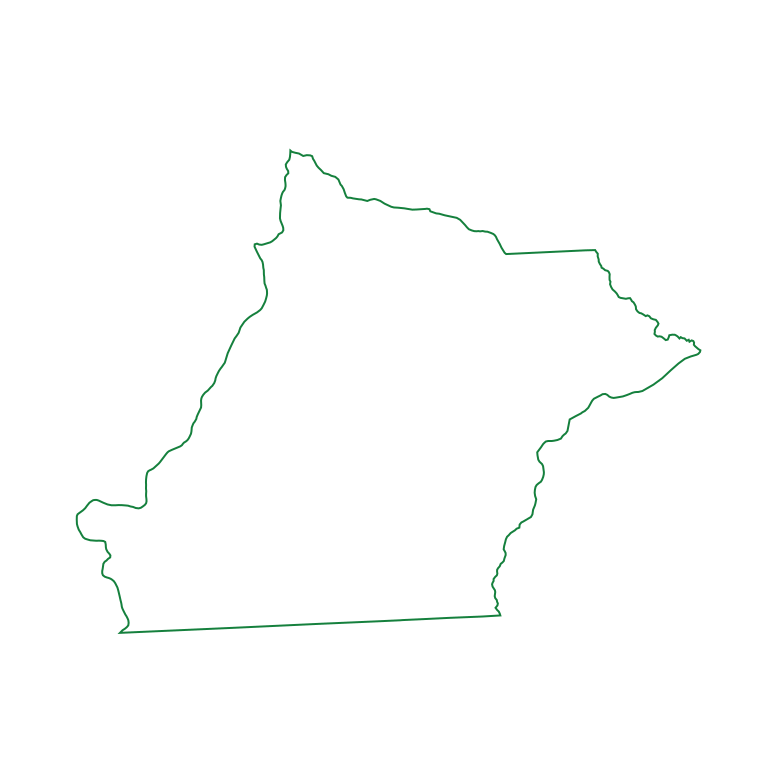 Porto Esperidião, Mato Grosso, Brazil, rotated 355°
{"feature_id": "56859067B36825923624990", "entity_name": "Porto Esperidião", "entity_type": "district", "adm_level": 2, "iso_a3": "BRA", "parent_name": "Brazil", "parent_adm1": "Mato Grosso", "projection": "orthographic", "projection_center": [-58.974, -15.892], "detail": "fine", "context": "isolated", "style": "outline", "palette": "green", "viewbox_px": 768, "rotation_deg": 355, "n_neighbors": 0, "source": "geoboundaries", "source_scale": "gbopen_adm2", "svg_char_len": 6113}
<svg xmlns="http://www.w3.org/2000/svg" viewBox="0 0 768 768"><g transform="rotate(355 384 384)"><path d="M701.6,379.6L702.1,378.0L700.3,376.7L697.1,373.4L696.1,371.9L696.5,369.8L695.9,368.2L694.3,367.4L692.0,368.5L691.4,366.5L689.4,367.3L687.4,364.8L685.2,364.3L683.7,363.2L682.3,364.4L680.7,362.3L679.4,361.2L678.0,360.3L675.5,360.0L672.5,360.3L671.7,362.3L670.5,364.5L668.5,364.8L666.5,362.8L664.6,361.1L662.6,360.5L660.8,360.6L659.1,359.4L657.8,357.7L658.4,355.6L658.4,353.9L659.7,351.7L661.9,349.4L662.7,347.8L661.9,346.0L660.4,343.8L657.9,343.0L655.6,341.8L654.2,339.6L652.4,338.6L650.7,339.2L648.3,337.3L646.4,336.0L644.7,335.5L642.9,333.8L641.6,331.5L641.6,328.7L640.9,326.8L639.7,324.4L638.2,323.1L637.5,321.5L636.6,319.9L634.6,319.9L632.4,320.2L627.1,318.8L625.4,317.8L624.6,315.9L623.7,314.1L622.1,312.0L619.9,309.7L618.7,307.1L617.9,304.3L618.5,301.8L617.8,300.0L618.0,296.9L618.4,294.3L617.8,292.2L616.7,290.8L614.2,289.9L612.6,288.2L610.9,287.1L610.7,285.4L609.5,283.2L608.6,280.8L608.7,278.6L608.0,275.5L608.3,272.8L606.9,270.8L606.0,269.0L596.3,268.4L517.0,265.2L515.6,263.8L512.9,258.4L511.5,254.6L509.2,249.6L508.4,247.2L507.3,245.4L506.0,244.1L503.6,242.8L500.3,241.3L498.1,241.0L495.6,240.2L493.0,240.3L491.4,239.9L489.4,239.9L487.3,239.6L484.9,238.7L482.0,237.2L480.2,235.0L478.7,232.8L474.2,227.1L470.9,224.8L459.1,221.2L453.9,219.2L450.9,218.6L445.2,216.0L444.5,213.8L442.1,213.1L440.4,213.2L431.6,213.0L427.5,212.8L422.7,211.6L419.7,210.8L413.4,209.6L409.3,209.0L406.7,208.1L400.3,204.4L396.3,201.3L392.1,199.3L390.3,198.8L386.3,199.3L383.3,200.2L377.3,198.1L375.5,197.9L369.3,196.4L367.0,195.6L363.8,195.2L362.7,193.8L361.6,190.0L360.8,186.5L359.2,182.9L358.1,181.6L356.4,176.3L353.5,173.4L349.7,172.0L346.9,170.2L342.4,168.7L339.9,165.4L337.6,162.8L336.0,160.5L333.9,155.4L332.9,153.5L332.3,150.8L330.4,149.8L327.0,149.3L323.4,149.8L319.4,147.0L315.7,145.9L312.5,144.7L311.1,143.3L310.7,146.4L310.1,149.6L309.2,152.3L306.9,154.6L305.3,156.7L305.3,159.1L305.9,161.1L307.1,163.5L307.0,165.8L305.2,167.2L303.5,169.3L303.1,172.1L303.3,174.9L303.3,176.5L303.2,178.3L302.6,180.3L301.9,181.9L300.0,183.9L299.2,185.3L298.3,187.3L297.4,190.1L296.7,192.6L296.9,197.0L296.2,200.4L295.4,204.7L294.8,209.9L295.2,212.5L296.8,217.7L297.2,219.7L297.1,222.1L295.7,224.1L294.1,224.8L292.1,225.6L290.7,227.7L289.2,229.2L285.1,232.0L283.0,233.0L281.0,233.4L276.3,234.4L274.3,234.7L271.8,234.2L269.7,233.1L267.4,233.6L267.0,235.9L268.9,241.1L270.3,244.6L271.7,248.1L272.9,249.9L273.6,251.8L273.9,254.3L273.9,257.8L274.2,260.0L273.9,264.4L274.0,267.1L273.8,271.0L273.8,273.5L274.5,275.7L275.0,278.1L275.5,279.8L275.5,281.4L275.4,283.6L275.0,285.6L274.0,288.5L272.8,291.5L270.8,294.8L268.8,297.9L267.1,299.5L263.8,301.6L259.2,303.7L256.1,305.4L253.9,306.9L250.3,309.8L245.9,315.2L243.7,320.3L241.2,323.4L239.2,325.6L235.2,332.3L231.0,339.7L229.7,342.9L227.9,347.4L227.2,349.0L225.9,350.5L224.0,352.8L222.4,354.5L220.7,356.6L219.5,358.5L217.7,361.5L216.8,363.5L216.2,365.7L215.0,368.2L212.8,370.9L211.3,372.0L207.9,375.2L205.0,377.0L203.0,379.0L201.5,381.0L200.8,382.5L200.3,384.5L200.1,389.1L199.7,391.5L195.8,398.1L194.5,400.6L194.0,402.4L192.2,405.0L190.7,406.6L189.8,408.3L188.7,410.6L188.4,412.5L188.0,414.6L187.4,416.7L185.9,419.3L184.7,421.2L183.3,422.8L181.6,424.0L179.7,424.9L178.5,426.0L177.3,427.4L175.5,428.4L167.0,431.1L163.7,432.3L162.3,433.3L160.7,434.9L154.3,442.0L152.7,443.6L146.9,448.0L144.4,449.1L142.9,449.6L141.4,450.4L140.3,452.0L139.3,455.2L138.7,458.1L138.3,461.2L138.2,463.7L137.8,467.3L137.8,470.1L137.4,472.8L137.2,474.9L137.3,478.1L137.2,480.2L136.6,482.1L135.2,483.6L133.0,485.0L131.0,486.1L128.8,486.5L125.9,485.9L123.3,484.6L120.8,483.9L118.4,482.9L115.7,482.4L112.7,481.9L109.2,481.5L105.9,481.4L102.1,481.1L98.1,479.9L94.0,477.8L89.5,475.2L87.8,474.5L86.2,474.3L84.2,474.4L82.6,475.2L80.2,476.6L77.6,479.3L75.5,481.7L73.1,483.6L68.8,486.2L67.4,487.1L66.5,488.8L66.1,492.3L65.9,496.7L66.3,499.1L67.2,502.5L68.6,505.3L69.5,507.5L71.0,510.5L72.8,512.1L74.7,512.9L77.8,514.1L83.9,515.1L86.3,515.2L89.1,515.6L90.9,516.0L92.5,517.0L92.8,519.6L92.7,522.4L92.9,524.4L94.0,527.1L95.6,529.2L96.5,530.9L96.1,532.9L93.8,534.2L92.1,535.7L90.3,536.7L88.8,538.6L87.6,543.7L87.0,545.7L86.8,548.0L87.3,550.0L89.0,551.6L91.1,552.6L93.0,553.3L94.7,554.2L96.0,555.2L97.7,556.9L98.9,559.0L99.7,561.0L100.7,563.5L101.3,566.6L102.1,572.0L102.7,576.5L103.1,578.9L103.3,580.8L103.4,583.0L103.8,584.8L104.8,587.5L106.2,591.0L107.3,593.1L108.2,595.4L108.7,597.1L108.8,599.7L108.2,602.2L106.6,603.8L104.6,605.2L102.1,606.5L99.3,608.9L211.2,613.7L296.7,617.2L360.3,620.0L379.7,620.8L381.9,620.8L403.7,621.7L429.5,622.7L461.5,624.2L479.7,624.7L479.3,622.8L478.5,620.7L477.1,619.1L475.6,616.7L477.7,614.5L478.3,612.5L477.7,610.9L477.5,609.0L476.2,607.1L475.8,605.0L476.7,600.9L476.5,599.1L474.5,595.3L474.2,592.9L474.9,591.4L476.0,589.8L476.2,587.8L478.0,585.8L479.7,584.5L480.4,582.8L480.3,580.7L480.5,579.0L481.5,577.5L483.4,575.7L484.6,573.3L486.2,572.3L487.9,570.8L488.8,568.2L490.3,565.0L490.4,562.9L489.7,561.1L488.8,559.1L489.6,555.8L491.0,552.0L491.9,549.3L493.3,546.9L495.1,545.5L497.2,543.5L501.8,541.1L503.5,539.7L506.3,538.9L506.9,535.8L508.8,533.9L510.6,533.2L518.8,529.3L520.5,526.8L521.6,522.2L523.7,518.2L524.4,516.3L525.6,512.1L524.8,508.8L524.6,505.5L525.1,502.6L526.0,499.7L527.3,497.9L529.4,496.4L531.8,495.0L533.1,493.2L534.5,490.4L535.3,487.9L535.6,485.8L535.3,479.7L534.5,477.6L532.1,474.9L531.1,472.8L530.7,468.4L530.7,465.4L534.9,460.7L537.3,457.7L538.7,456.5L540.2,455.4L542.4,455.1L546.4,455.4L548.5,455.3L551.9,454.9L555.5,453.8L557.2,451.6L558.9,450.2L560.7,449.1L562.7,446.7L565.9,435.5L572.0,432.8L577.6,430.5L579.1,429.5L581.7,428.4L585.4,425.5L587.5,422.4L588.8,420.4L590.1,418.6L591.8,417.0L596.2,415.2L598.6,414.3L600.8,413.2L603.6,413.2L605.5,414.3L607.3,416.2L609.3,417.3L611.5,417.9L613.7,417.8L617.4,417.5L620.9,417.2L624.9,416.2L628.0,415.3L630.7,414.4L633.0,414.0L634.6,414.0L636.8,414.1L640.8,413.5L652.4,408.1L661.8,402.4L670.9,395.3L679.2,389.2L685.9,385.1L692.0,383.3L697.9,382.1L699.7,381.4L701.6,379.6Z" fill="none" stroke="#15803d" stroke-width="2"/></g></svg>